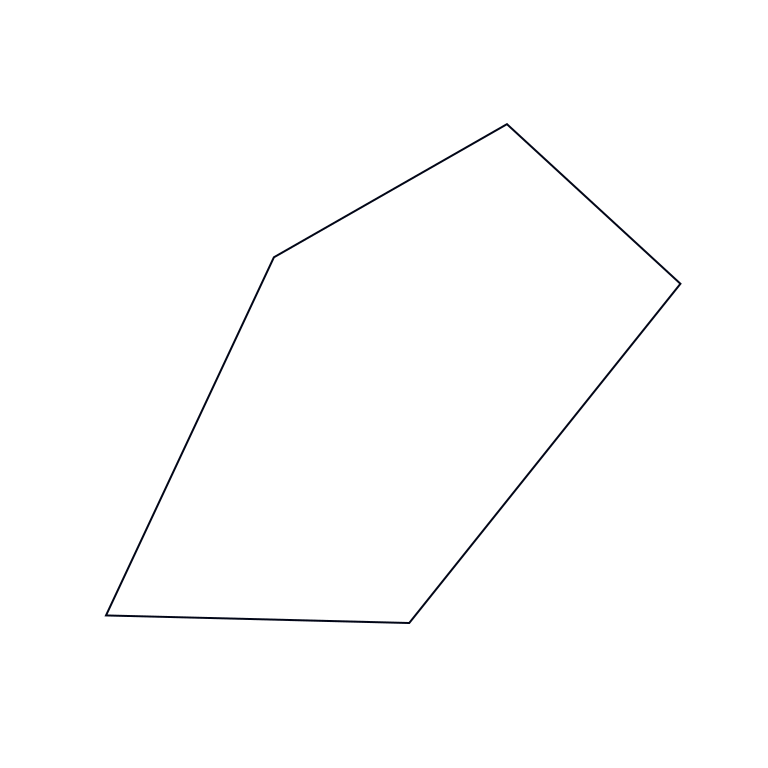 SVG path tracing the border of Mont Buxton, rotated 82°
{"feature_id": "SYC-5214", "entity_name": "Mont Buxton", "entity_type": "state/province", "adm_level": 1, "iso_a3": "SYC", "parent_name": "Seychelles", "parent_adm1": "", "projection": "orthographic", "projection_center": [55.442, -4.613], "detail": "fine", "context": "isolated", "style": "outline", "palette": "ink", "viewbox_px": 768, "rotation_deg": 82, "n_neighbors": 0, "source": "natural_earth", "source_scale": "10m", "svg_char_len": 236}
<svg xmlns="http://www.w3.org/2000/svg" viewBox="0 0 768 768"><g transform="rotate(82 384 384)"><path d="M243.2,475.4L143.8,226.1L326.0,76.5L624.2,392.3L574.5,691.5L243.2,475.4Z" fill="none" stroke="#020617" stroke-width="2"/></g></svg>